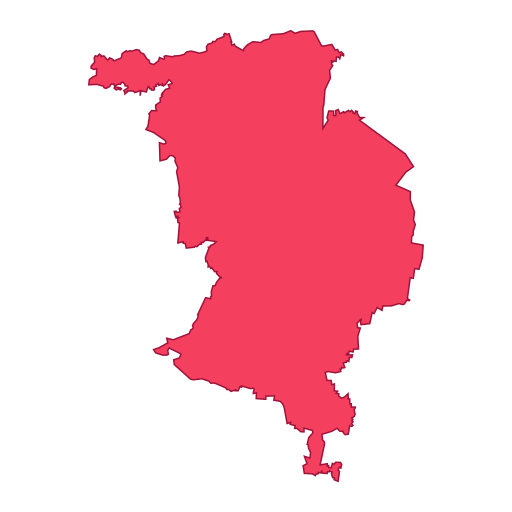 Manlio Fabio Altamirano, Veracruz, Mexico
{"feature_id": "50627088B96625037975079", "entity_name": "Manlio Fabio Altamirano", "entity_type": "district", "adm_level": 2, "iso_a3": "MEX", "parent_name": "Mexico", "parent_adm1": "Veracruz", "projection": "robinson", "projection_center": [-96.354, 19.086], "detail": "fine", "context": "isolated", "style": "filled", "palette": "rose", "viewbox_px": 512, "rotation_deg": 0, "n_neighbors": 0, "source": "geoboundaries", "source_scale": "gbopen_adm2", "svg_char_len": 5950}
<svg xmlns="http://www.w3.org/2000/svg" viewBox="0 0 512 512"><path d="M338.1,481.3L339.5,471.4L338.0,470.0L339.4,467.2L340.8,468.1L341.7,464.5L340.4,462.4L335.6,462.3L334.2,464.2L332.4,463.4L331.1,468.0L328.8,467.5L328.7,465.6L327.3,466.0L327.3,463.7L320.1,464.9L324.6,443.7L324.2,441.7L322.6,440.0L321.9,434.3L331.8,431.3L337.0,428.3L339.8,431.2L343.0,431.3L343.1,432.5L345.2,434.7L348.3,434.1L349.7,425.6L351.8,426.4L353.0,425.4L351.5,423.5L353.1,421.8L351.8,420.4L352.9,419.5L351.8,417.9L354.2,416.5L355.1,414.1L354.1,409.8L355.3,407.7L355.2,407.0L351.4,407.1L351.3,403.8L349.9,403.9L349.7,398.9L348.2,398.9L348.1,393.7L344.6,396.9L341.8,398.2L338.7,396.1L338.8,393.7L336.1,393.4L337.6,391.2L334.3,390.8L334.4,383.9L331.8,384.7L331.1,380.4L327.0,380.4L325.3,372.4L328.1,371.5L335.2,372.8L340.8,371.5L340.1,369.1L341.5,369.0L341.7,367.3L343.7,368.0L344.8,367.5L343.2,362.9L346.4,362.3L346.1,361.3L347.1,360.8L348.8,361.5L349.4,357.4L351.9,357.5L352.5,354.9L346.4,354.8L347.1,353.4L348.8,353.3L349.1,351.2L353.1,352.0L353.6,349.2L358.5,349.0L357.8,336.3L360.3,328.0L357.6,327.7L357.0,323.4L360.3,319.8L361.2,319.4L360.5,322.1L361.0,324.7L369.8,323.6L372.2,312.4L374.1,313.6L377.1,307.5L382.0,310.4L382.9,306.0L391.3,305.9L398.9,303.6L402.8,304.6L404.3,304.0L406.9,300.2L409.2,300.7L409.7,300.0L407.9,299.2L407.5,297.7L410.2,277.8L413.3,278.3L414.7,268.6L419.0,269.3L422.3,257.6L423.2,245.1L411.4,242.9L411.7,236.4L413.2,235.0L413.3,231.2L415.3,224.5L413.5,219.9L414.5,212.0L410.3,200.0L410.4,191.7L395.9,185.2L405.7,172.2L413.5,166.6L405.3,153.9L359.4,120.2L363.7,117.6L359.6,117.5L357.1,113.0L357.3,111.4L355.5,111.0L355.0,113.8L353.1,113.0L353.3,112.1L351.6,110.3L349.5,111.7L348.5,110.4L344.3,112.9L343.7,111.6L340.0,113.7L338.2,109.5L335.7,110.6L335.9,115.6L333.7,115.5L333.6,111.1L328.7,111.0L327.0,117.9L328.2,120.2L322.9,128.4L323.0,107.3L323.8,105.1L325.0,89.5L330.4,78.1L329.6,70.3L332.7,65.6L331.7,64.3L331.4,60.7L332.7,61.2L332.8,62.1L334.5,61.0L336.1,61.3L336.5,56.9L338.5,57.1L339.7,58.8L340.9,54.6L343.5,55.8L343.7,54.3L341.3,51.8L339.2,52.8L337.6,49.5L335.2,50.0L331.8,44.4L323.5,46.1L321.5,45.7L314.2,31.8L312.8,30.9L300.9,31.4L295.0,33.3L290.8,30.7L283.4,33.7L272.0,34.6L270.6,35.3L269.2,38.9L263.6,40.5L260.9,42.5L252.9,41.7L247.4,44.8L244.1,48.3L243.3,50.6L235.2,46.2L234.3,44.1L232.0,45.3L230.9,41.9L231.7,41.9L229.1,33.7L227.2,34.3L224.9,33.3L223.7,34.5L224.2,35.7L223.7,36.6L216.9,39.3L215.5,41.5L212.7,41.5L211.8,43.2L208.0,44.2L206.4,47.0L206.9,50.8L204.6,51.9L199.7,53.2L191.4,51.1L186.8,51.8L184.1,54.4L179.2,55.7L174.1,56.0L172.7,56.8L165.6,55.7L164.1,56.4L164.6,58.4L163.8,59.3L159.5,57.5L158.4,60.9L153.7,64.5L149.9,63.3L148.9,60.1L147.0,59.1L143.7,53.9L140.5,52.6L139.4,50.3L136.4,49.6L131.5,51.3L130.3,50.6L127.3,51.7L126.2,50.7L122.2,53.5L121.3,57.9L114.0,60.9L112.7,59.3L109.6,57.8L108.0,59.8L107.2,59.7L103.9,55.9L101.5,56.4L101.8,56.0L99.4,54.1L97.3,56.4L95.3,55.8L94.2,58.0L94.7,62.0L91.1,66.2L91.1,68.2L94.0,69.5L96.6,68.7L96.4,75.4L92.8,76.9L89.3,79.7L88.8,84.8L96.9,84.4L103.5,86.2L104.0,87.7L106.0,88.4L109.5,86.6L111.0,84.2L113.8,84.0L114.8,86.7L114.1,88.1L116.1,89.9L118.9,88.9L120.2,89.9L121.5,88.9L120.4,87.8L114.9,86.8L114.9,85.7L118.9,84.1L120.5,84.4L121.6,82.3L123.0,82.3L125.0,84.5L125.1,86.0L127.7,86.0L128.0,87.7L123.7,90.7L125.0,92.4L124.9,93.9L127.8,91.6L127.6,90.9L133.5,91.1L134.8,92.6L140.4,90.6L140.1,95.7L141.1,90.8L146.3,92.0L148.2,86.6L149.1,87.0L149.8,88.8L151.2,88.8L151.3,90.0L153.7,90.1L154.5,89.6L154.2,86.9L156.5,86.2L156.1,84.8L158.4,83.5L158.9,85.5L161.1,84.5L161.8,85.2L162.5,84.0L163.3,86.0L165.6,84.4L169.1,79.6L171.9,82.5L172.0,83.6L168.2,84.7L169.7,88.2L165.7,89.3L162.0,93.3L162.8,94.0L161.4,95.0L162.4,96.1L160.0,98.2L160.4,101.8L155.7,105.0L155.6,107.9L156.6,110.7L151.6,110.6L148.8,113.9L149.6,115.4L147.9,126.3L145.9,129.5L153.4,132.4L165.4,140.6L165.9,143.2L163.9,144.1L159.4,142.7L160.0,160.9L166.5,159.2L170.0,155.4L173.0,156.0L175.3,157.9L175.0,161.3L177.8,167.6L176.6,171.7L179.4,187.0L178.8,195.3L180.0,198.8L180.4,204.2L179.0,203.9L180.5,204.9L181.2,207.3L179.3,208.5L180.0,211.9L176.3,212.4L176.1,211.2L174.2,211.4L175.5,216.5L177.8,216.1L177.9,216.9L176.1,217.2L176.1,217.9L178.4,218.0L177.5,218.6L178.0,222.6L179.5,222.9L177.8,243.0L183.3,241.7L183.2,243.2L185.4,243.6L186.2,248.1L194.4,247.2L195.4,246.1L196.9,246.7L199.5,244.3L201.4,244.2L201.3,242.3L203.2,242.5L205.3,240.1L206.4,240.4L206.4,237.6L207.8,237.7L207.7,240.3L216.2,241.6L214.2,243.8L210.3,245.6L210.4,246.7L208.4,247.3L208.8,248.3L205.4,257.5L205.9,261.6L206.9,261.2L208.2,264.7L208.1,266.9L209.3,266.3L210.8,268.5L211.9,267.8L214.6,271.7L217.0,271.6L216.5,273.4L219.7,276.9L221.9,277.7L219.9,278.0L216.5,282.3L215.1,285.6L212.9,285.8L211.3,291.7L211.5,296.2L210.7,296.7L210.7,298.7L205.6,297.7L197.7,314.6L198.3,314.6L198.0,317.1L196.5,320.2L193.5,323.4L192.5,325.8L193.3,327.2L192.6,328.8L190.7,329.9L189.2,333.6L173.2,339.8L166.8,338.2L167.8,342.8L158.7,347.9L153.6,349.6L155.7,352.9L162.7,355.1L166.9,355.1L168.4,354.2L167.7,350.4L169.0,348.0L179.8,353.3L181.0,354.3L179.3,358.0L173.7,359.8L174.3,364.6L190.5,379.1L193.3,379.8L201.9,378.8L208.8,381.1L210.8,383.2L214.0,383.0L216.9,384.0L225.6,387.8L226.8,389.5L228.8,389.6L231.0,391.4L235.3,390.0L235.1,390.7L238.1,390.8L240.0,386.6L241.5,387.2L241.5,386.0L250.5,388.6L253.2,388.2L254.0,388.9L253.2,393.5L256.4,392.9L256.2,398.6L265.8,399.3L265.9,396.1L274.5,395.9L273.8,400.2L280.1,401.3L282.5,403.6L284.2,407.6L287.1,423.5L290.7,422.5L290.2,424.3L295.2,425.7L294.6,428.4L297.1,428.5L300.7,431.7L304.0,431.9L304.0,428.1L312.5,430.5L312.8,432.9L308.7,437.7L307.2,444.4L308.2,444.6L308.5,448.2L310.6,452.5L309.9,458.0L304.4,456.3L307.0,463.7L303.1,465.7L304.3,473.4L312.2,473.8L315.4,475.6L316.0,474.1L318.0,473.9L318.3,472.4L320.2,473.0L321.8,471.4L322.0,473.1L327.1,473.5L327.5,471.7L329.3,471.8L329.5,471.0L332.0,472.0L331.4,473.5L332.6,477.5L334.3,477.8L334.1,479.7L338.1,481.3Z" fill="#f43f5e" stroke="#9f1239" stroke-width="1.5"/></svg>